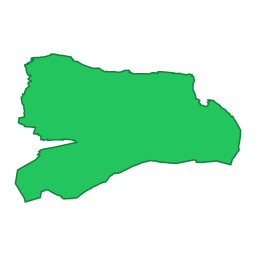 the district of Meldal nor, Sør-Trøndelag, Norway
{"feature_id": "86288312B14672421796799", "entity_name": "Meldal nor", "entity_type": "district", "adm_level": 2, "iso_a3": "NOR", "parent_name": "Norway", "parent_adm1": "Sør-Trøndelag", "projection": "robinson", "projection_center": [9.604, 63.038], "detail": "fine", "context": "isolated", "style": "filled", "palette": "green", "viewbox_px": 256, "rotation_deg": 0, "n_neighbors": 0, "source": "geoboundaries", "source_scale": "gbopen_adm2", "svg_char_len": 5318}
<svg xmlns="http://www.w3.org/2000/svg" viewBox="0 0 256 256"><path d="M34.8,57.5L32.3,57.9L32.3,58.0L32.0,58.1L32.3,58.3L32.3,58.5L32.2,58.7L32.3,58.8L32.2,58.8L32.6,58.9L32.5,59.0L32.2,59.1L32.0,59.3L31.9,59.3L32.1,59.5L31.8,59.7L32.1,59.7L32.1,59.8L32.1,60.0L32.3,60.1L32.2,60.3L32.4,60.3L32.2,60.5L32.9,60.5L32.6,60.7L32.7,60.8L32.1,61.1L32.1,61.3L31.9,61.5L31.4,61.7L31.5,61.8L31.3,62.0L30.8,62.0L29.9,62.1L29.9,62.3L30.1,62.3L29.8,62.5L29.3,62.6L29.6,62.7L29.3,62.9L29.3,63.2L28.6,63.6L28.1,63.7L28.3,63.8L27.8,63.8L28.0,64.0L27.7,64.0L27.1,64.1L27.0,64.4L26.5,64.5L26.0,64.5L25.8,64.6L25.5,64.6L25.6,64.9L25.4,65.2L25.2,65.1L24.7,65.1L24.7,65.3L24.9,65.5L24.5,65.6L24.9,65.7L24.4,65.8L24.8,65.9L24.9,66.0L25.1,66.4L25.1,66.7L25.5,67.1L25.9,67.2L26.2,67.6L26.3,68.6L26.0,69.2L26.6,71.3L26.8,72.8L27.9,74.4L28.4,75.4L30.1,75.1L30.3,75.3L30.9,75.5L30.8,76.0L29.5,77.1L28.3,78.9L28.2,79.1L28.8,79.7L29.5,80.2L31.2,81.0L31.8,81.4L30.7,81.3L29.0,82.3L28.1,82.5L28.4,84.5L29.2,86.3L25.9,88.9L25.3,90.6L24.8,91.6L24.3,94.2L22.8,94.0L22.5,96.0L21.7,97.5L21.3,97.4L21.3,98.5L22.0,101.8L22.1,103.2L22.5,104.0L23.6,105.6L23.7,106.1L24.1,106.7L24.1,107.3L23.8,108.1L23.8,108.6L24.3,109.5L24.5,110.7L24.0,113.3L24.4,114.7L24.4,116.1L24.6,116.9L22.8,117.2L18.9,118.1L19.1,119.7L18.4,122.6L20.2,123.8L22.3,124.4L22.8,124.6L23.2,124.6L24.0,124.9L24.4,126.2L24.4,126.5L27.6,126.8L30.9,126.9L31.3,127.0L32.4,127.3L33.9,127.2L35.0,127.2L35.6,127.4L33.5,133.6L38.0,134.5L37.7,133.7L38.2,133.7L39.0,135.5L40.0,135.7L40.8,136.2L40.9,136.9L41.0,138.2L40.7,139.3L40.9,139.7L43.0,139.6L43.3,140.2L43.8,140.1L44.7,140.0L45.7,139.7L47.6,139.5L48.1,140.1L48.0,140.3L56.1,139.7L61.3,139.9L62.8,139.9L62.6,139.6L62.4,139.1L63.7,139.4L64.4,139.2L64.7,139.3L65.1,139.1L65.7,139.3L67.1,139.3L68.8,139.5L70.1,139.4L71.3,139.8L71.6,139.8L73.2,140.5L73.6,140.5L73.9,140.3L74.3,140.2L75.0,140.9L75.3,141.7L76.3,142.4L53.7,147.4L47.4,148.5L43.9,149.0L40.9,150.0L38.9,151.5L40.0,152.5L38.1,154.0L37.6,154.8L39.1,155.1L39.7,155.8L39.2,156.1L38.4,157.0L37.1,157.9L36.4,159.4L17.6,170.0L15.4,183.5L24.2,197.9L24.7,199.8L25.3,202.0L40.3,197.5L41.2,191.8L47.2,189.6L56.4,194.6L61.3,196.2L61.4,197.3L64.0,199.0L64.2,198.6L66.6,198.7L72.9,198.4L73.0,198.1L77.0,197.8L79.9,195.3L85.0,191.6L87.6,190.1L91.9,187.9L92.5,187.4L93.0,186.8L95.6,185.9L98.5,184.5L99.7,183.6L102.5,182.6L103.4,182.3L103.7,182.1L105.1,182.1L105.6,181.8L108.4,178.6L108.7,177.5L109.2,176.8L109.9,176.3L111.8,175.3L112.1,175.0L112.8,174.1L113.5,173.5L114.3,173.6L114.4,173.4L114.7,173.3L115.0,173.4L115.0,173.1L116.6,173.1L117.5,173.2L118.6,173.1L119.3,172.8L119.6,172.8L120.4,172.5L121.4,171.9L121.9,171.4L122.7,171.2L125.4,169.9L126.0,169.8L127.1,169.1L129.7,167.8L131.3,166.9L133.1,166.1L135.2,165.3L136.8,164.9L140.0,163.4L141.3,162.9L144.3,162.1L144.8,161.7L145.6,161.6L145.9,161.7L146.3,161.6L147.6,161.3L147.8,161.1L148.5,161.0L150.4,160.5L151.5,160.7L153.9,161.1L154.3,161.0L156.3,161.1L157.4,161.4L158.2,161.8L159.4,162.0L161.7,162.2L162.6,162.2L163.6,162.4L164.1,162.4L168.0,162.7L168.8,162.9L174.5,163.3L177.3,163.2L193.9,159.9L195.2,160.0L195.7,160.2L195.8,160.4L195.8,160.6L196.0,160.6L196.4,162.3L202.1,162.4L216.2,161.0L230.8,164.7L232.2,159.6L234.9,156.0L237.8,151.7L239.1,150.4L238.6,146.5L239.6,141.5L239.7,139.9L240.2,137.2L240.6,130.4L236.3,122.4L235.5,121.1L234.8,120.2L232.5,116.2L231.2,116.4L230.0,114.8L229.8,114.1L229.5,113.5L228.4,113.1L227.8,112.7L227.3,112.2L226.1,110.6L224.9,109.8L224.0,109.0L220.7,107.1L220.6,106.3L220.3,105.9L219.4,105.1L218.4,104.4L216.5,103.3L214.9,102.0L214.0,101.5L214.0,101.2L213.8,100.7L213.3,100.5L212.3,100.4L209.1,99.8L207.9,100.1L208.4,100.5L209.1,101.1L209.6,101.5L208.4,102.1L207.5,102.3L208.1,103.1L208.5,104.1L207.5,105.7L206.7,106.3L205.8,106.7L204.0,105.9L201.8,105.2L200.3,105.0L200.2,104.9L200.4,104.5L200.1,103.7L198.8,102.6L199.3,101.8L199.8,100.7L199.0,99.9L198.8,99.7L196.1,98.8L195.6,98.4L195.8,97.6L195.8,97.2L195.5,96.5L195.6,95.5L195.4,95.2L194.7,93.3L194.3,92.2L192.8,89.5L193.1,83.5L194.4,80.7L193.4,76.4L191.7,76.1L192.1,75.1L192.2,74.9L189.4,74.1L188.8,74.0L186.8,74.9L183.8,74.3L182.2,74.2L181.6,74.0L181.3,73.6L178.9,73.4L178.9,73.5L173.7,73.4L173.9,73.0L164.4,72.0L159.5,71.7L157.4,72.1L157.3,72.4L157.8,73.1L157.3,73.4L155.7,73.3L155.8,73.3L155.3,73.1L155.3,72.9L154.5,72.7L154.1,72.5L153.5,73.0L152.2,72.7L149.2,74.0L140.8,73.7L139.7,73.8L138.2,73.7L137.9,73.8L137.2,73.7L136.7,73.8L136.2,73.8L135.1,74.0L134.0,73.9L133.5,73.9L132.7,73.6L132.4,73.2L132.2,73.1L130.2,72.6L129.9,72.6L129.3,72.4L129.5,72.1L129.8,72.0L129.8,71.7L130.0,71.6L129.9,71.4L129.7,71.3L129.4,70.6L128.8,70.3L128.7,70.4L125.0,70.3L123.3,71.1L122.4,71.3L121.0,72.0L119.0,72.3L117.1,72.1L114.7,71.9L114.5,71.5L114.3,71.6L112.7,71.8L111.4,71.7L108.1,71.9L107.6,71.4L106.7,71.5L104.5,71.6L103.0,70.7L102.1,70.5L100.9,69.5L100.2,69.0L100.0,68.8L99.3,68.3L98.0,68.2L97.7,68.5L97.3,68.5L97.1,68.2L95.4,68.2L94.4,68.4L92.5,68.2L92.0,68.1L90.4,67.4L89.7,67.3L87.9,66.7L81.5,64.2L81.0,64.0L80.8,63.5L78.1,62.2L78.0,61.7L76.0,61.3L74.8,61.4L73.2,60.6L73.0,60.2L73.0,59.8L73.2,59.5L71.7,58.3L71.7,57.9L71.5,57.6L71.1,57.0L64.4,55.8L62.5,55.4L61.9,55.3L61.3,55.5L59.9,55.4L58.8,55.0L53.2,54.0L50.7,54.3L50.7,55.1L43.3,57.1L40.9,57.1L39.5,57.6L38.4,57.5L37.6,57.4L36.1,57.7L34.8,57.5Z" fill="#22c55e" stroke="#15803d" stroke-width="1.5"/></svg>